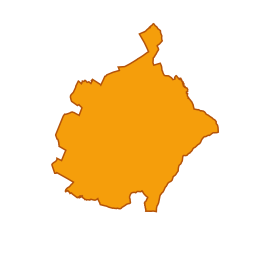 Odobesti, Bacau, Romania, rotated 69°
{"feature_id": "2599482B55659261713862", "entity_name": "Odobesti", "entity_type": "district", "adm_level": 2, "iso_a3": "ROU", "parent_name": "Romania", "parent_adm1": "Bacau", "projection": "robinson", "projection_center": [27.145, 46.672], "detail": "fine", "context": "isolated", "style": "filled", "palette": "amber", "viewbox_px": 256, "rotation_deg": 69, "n_neighbors": 0, "source": "geoboundaries", "source_scale": "gbopen_adm2", "svg_char_len": 5710}
<svg xmlns="http://www.w3.org/2000/svg" viewBox="0 0 256 256"><g transform="rotate(69 128 128)"><path d="M164.2,45.2L159.9,43.8L158.1,43.5L157.2,43.5L155.7,44.0L155.3,44.0L153.6,43.4L153.4,43.5L152.1,43.8L151.2,44.3L150.2,45.2L148.6,45.9L146.3,47.6L144.9,48.4L143.8,49.5L142.7,50.2L141.4,50.4L140.4,50.8L139.4,51.5L139.0,51.9L138.6,52.8L138.2,53.2L137.9,54.2L136.2,55.5L135.9,56.4L134.0,59.5L131.3,59.2L129.9,58.9L126.6,59.1L126.1,59.2L125.7,59.4L123.9,59.9L122.5,60.5L122.0,60.5L121.8,61.1L121.6,61.0L121.5,60.6L119.4,61.1L118.5,60.8L117.9,60.4L117.2,60.0L116.9,60.2L116.9,60.9L116.8,61.0L115.2,60.5L115.1,60.3L115.1,59.2L114.3,59.0L113.7,58.5L112.6,58.5L111.7,58.7L111.2,59.6L109.7,60.0L110.0,60.6L109.5,60.7L109.2,60.9L108.5,60.7L108.5,61.1L108.4,61.2L108.2,61.1L108.0,60.5L107.6,60.4L107.5,60.5L107.4,61.0L107.1,61.0L107.0,60.2L106.9,60.0L106.0,60.3L106.0,60.7L105.9,60.9L105.4,61.0L105.2,60.8L104.9,60.1L104.0,60.5L103.7,60.9L102.9,61.2L102.7,60.7L101.7,60.8L101.0,60.9L101.1,61.4L101.1,61.9L100.9,61.8L100.3,61.4L100.2,61.7L100.8,62.4L100.6,62.8L100.3,62.7L99.1,63.3L96.8,64.0L96.4,64.3L96.5,64.7L97.4,66.2L97.7,66.4L99.0,66.5L99.0,67.8L98.9,68.8L97.3,69.2L96.6,69.5L93.9,71.4L92.4,74.7L92.1,75.0L91.6,75.3L90.4,75.5L88.9,75.6L87.1,75.4L86.8,75.6L86.3,75.6L83.0,74.7L81.7,74.6L79.1,74.7L78.6,81.4L75.9,81.3L72.8,79.8L72.0,79.5L71.5,79.1L71.1,78.0L69.7,76.4L69.2,75.5L67.9,74.1L65.8,71.4L65.0,71.2L63.5,71.2L62.2,71.4L61.5,71.2L60.8,68.4L58.9,64.8L57.7,64.8L57.0,64.6L55.9,64.3L54.3,63.5L53.8,63.4L52.2,63.5L50.4,63.4L49.0,62.9L48.7,62.9L46.8,64.0L46.1,64.5L44.3,64.8L43.7,65.0L42.1,66.1L40.8,66.3L40.2,66.5L39.8,66.8L39.9,67.2L39.9,67.6L40.3,68.1L40.8,69.1L40.8,69.6L41.5,71.5L42.2,71.4L42.2,71.8L41.9,72.3L42.3,72.9L43.0,75.0L43.9,76.9L44.0,77.6L44.0,78.4L44.2,78.6L44.3,79.0L44.1,79.3L44.3,83.7L54.3,82.1L60.9,81.6L64.2,81.5L64.5,83.3L65.8,88.0L66.3,90.3L66.8,93.0L67.0,94.4L67.2,94.7L68.8,103.1L69.4,108.1L69.5,109.0L69.3,109.8L67.6,115.3L68.4,115.2L71.2,115.4L70.6,121.8L70.8,128.8L71.1,129.2L71.7,130.5L71.5,131.1L74.3,133.9L78.2,138.0L77.7,138.1L77.4,138.2L69.9,143.7L70.0,143.8L70.2,144.3L70.6,145.1L71.2,144.6L71.4,144.6L71.8,145.5L72.4,145.8L73.2,146.7L70.8,148.0L70.8,148.4L70.9,149.5L70.8,149.8L68.9,150.5L68.3,150.9L68.1,151.1L68.8,152.5L68.4,153.0L67.9,153.7L68.2,153.8L69.3,155.2L69.7,155.2L70.0,155.7L66.6,157.3L66.4,157.5L66.5,157.6L66.6,157.8L70.2,161.7L70.8,162.0L71.5,162.5L75.1,166.2L76.5,169.1L77.2,170.0L78.5,170.7L81.5,171.1L82.9,171.1L88.9,167.1L88.6,165.4L89.6,165.1L92.4,163.8L92.7,163.8L93.4,164.4L98.7,169.1L98.1,169.5L96.8,170.8L94.1,173.0L93.8,173.6L93.0,174.4L93.0,175.5L92.9,175.9L93.1,176.6L93.1,178.6L92.9,181.2L92.4,182.1L92.6,182.5L93.2,183.5L93.8,184.3L107.5,197.1L108.4,197.9L108.8,198.1L112.9,198.2L113.2,197.7L113.4,197.6L114.4,197.6L117.5,198.0L118.2,198.4L119.2,198.4L120.5,198.9L121.0,198.4L126.5,194.0L128.6,196.1L134.6,201.7L130.8,205.2L132.0,205.6L133.0,207.0L133.3,207.7L133.6,209.3L134.2,211.3L134.7,211.9L135.0,212.2L135.9,212.3L144.0,212.6L144.5,211.3L144.1,210.5L153.6,202.6L159.0,198.3L160.0,199.9L160.4,201.2L161.5,203.0L161.9,204.1L162.2,205.9L162.6,206.9L163.2,208.0L164.5,209.1L165.2,208.9L165.0,208.4L164.6,207.7L164.6,207.4L164.6,207.2L165.1,207.1L165.1,206.8L165.8,206.4L165.7,206.2L167.1,205.7L167.3,205.5L167.7,205.4L168.0,205.6L168.3,205.6L168.2,205.1L168.3,204.9L168.4,204.0L169.5,203.7L174.8,200.4L174.9,200.1L175.0,199.6L174.6,199.3L174.6,199.1L175.0,198.8L175.7,198.5L175.7,198.2L175.6,197.3L174.9,197.7L174.5,197.7L174.3,197.5L174.2,197.0L174.6,196.5L174.9,195.9L174.9,195.6L174.8,195.1L175.0,195.0L175.5,195.6L176.2,195.5L176.3,195.2L176.5,195.1L176.8,195.2L177.5,194.8L178.0,194.3L179.3,193.9L179.2,193.6L179.6,193.1L179.8,192.7L180.3,192.6L180.4,191.6L180.9,190.4L181.0,190.4L181.6,189.4L181.2,188.9L181.3,188.1L182.8,186.0L183.4,185.0L183.6,184.4L183.6,183.5L183.1,181.5L184.0,181.6L187.9,181.2L188.5,181.3L189.6,181.3L192.1,177.8L193.2,176.1L195.1,174.2L196.9,171.7L197.4,171.0L197.6,170.2L198.2,169.3L199.1,167.5L199.0,167.3L199.0,166.8L199.3,166.3L200.1,165.3L200.6,164.1L200.5,163.1L200.1,162.4L199.8,161.7L199.7,160.6L199.3,158.7L198.7,156.4L198.8,154.5L199.0,154.1L199.0,153.3L198.8,152.7L198.4,152.4L196.4,152.0L195.0,151.5L194.4,151.7L193.7,151.5L192.8,151.2L191.1,149.8L190.1,148.5L189.9,147.8L190.0,146.3L190.4,145.1L190.6,144.6L191.2,144.1L191.2,143.8L190.6,142.3L190.8,141.4L191.3,140.5L192.1,138.8L191.7,137.5L192.7,137.1L193.3,137.1L195.5,136.6L197.9,135.6L199.8,134.4L200.1,134.6L200.8,135.3L201.1,136.0L201.4,136.1L202.0,136.7L202.4,136.9L202.7,137.5L202.8,138.2L204.0,139.6L204.3,139.5L204.4,139.4L204.7,139.4L205.0,139.6L206.5,140.1L206.9,140.0L207.4,140.0L208.8,140.5L209.8,140.4L210.3,140.7L210.8,140.7L211.3,140.9L211.6,140.9L212.0,141.2L214.1,136.0L214.5,134.3L216.2,131.5L213.0,130.1L211.2,128.9L210.3,127.7L208.7,126.2L204.6,123.6L203.1,122.7L202.7,122.4L201.9,121.6L201.7,121.3L201.6,120.9L201.4,120.5L200.8,119.8L200.4,118.5L199.2,117.0L196.9,114.7L196.4,114.0L196.2,113.3L194.9,111.7L194.0,110.8L193.8,110.3L193.3,108.9L193.2,107.1L192.4,105.4L189.7,103.3L189.5,102.9L189.0,101.0L188.6,100.1L187.2,98.3L186.2,96.7L185.7,96.4L183.4,95.3L181.6,94.1L180.9,93.2L180.8,92.9L180.6,92.1L180.2,91.3L179.2,90.4L178.2,89.2L177.4,88.7L174.7,87.3L173.9,86.7L173.7,86.2L173.6,85.8L174.4,84.2L174.6,82.7L173.8,81.3L173.4,79.7L173.5,79.2L172.9,78.4L172.7,77.6L172.0,76.3L170.6,74.7L170.2,73.9L170.1,72.4L169.4,70.5L168.7,69.1L168.2,66.6L167.2,65.2L165.6,63.7L165.1,63.1L164.4,62.0L163.5,60.1L163.5,59.6L163.8,58.9L163.9,58.2L163.6,56.6L163.6,56.0L163.7,55.3L164.1,54.7L163.8,53.3L163.3,51.9L163.0,50.5L163.0,50.0L163.4,49.1L164.0,47.3L164.2,46.7L164.2,45.2Z" fill="#f59e0b" stroke="#b45309" stroke-width="1.5"/></g></svg>